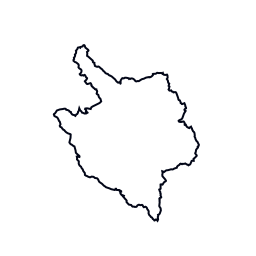 Tay Son, Bình Định, Vietnam (Natural Earth projection), rotated 329°
{"feature_id": "81297802B3478153063518", "entity_name": "Tay Son", "entity_type": "district", "adm_level": 2, "iso_a3": "VNM", "parent_name": "Vietnam", "parent_adm1": "Bình Định", "projection": "natural_earth1", "projection_center": [108.884, 13.946], "detail": "fine", "context": "isolated", "style": "outline", "palette": "ink", "viewbox_px": 256, "rotation_deg": 329, "n_neighbors": 0, "source": "geoboundaries", "source_scale": "gbopen_adm2", "svg_char_len": 5757}
<svg xmlns="http://www.w3.org/2000/svg" viewBox="0 0 256 256"><g transform="rotate(329 128 128)"><path d="M67.5,141.8L67.8,144.3L66.9,146.1L67.5,147.4L68.0,147.9L68.8,149.3L70.0,150.7L70.3,150.8L71.7,150.9L72.3,151.4L72.8,151.6L73.4,152.3L73.9,153.8L75.6,155.2L75.9,156.4L75.6,159.1L76.1,160.5L77.0,162.4L77.6,165.0L78.4,166.6L78.6,167.4L81.0,170.2L82.1,171.8L84.7,174.3L85.3,174.4L86.0,173.7L86.5,174.0L86.3,174.7L86.5,175.4L88.5,176.6L89.6,178.6L89.4,179.0L88.3,178.6L88.2,179.7L87.8,180.2L88.0,182.1L88.7,182.7L89.6,184.0L89.3,184.2L88.6,183.8L88.4,183.9L88.9,185.9L88.8,186.6L89.2,187.9L89.4,189.0L89.4,189.7L88.7,190.5L88.6,190.8L89.3,194.1L91.1,195.7L91.2,197.1L91.4,197.7L92.7,198.5L93.2,199.2L94.7,199.9L96.3,199.2L97.6,199.3L98.0,199.5L98.8,200.5L100.4,201.1L100.7,201.6L100.6,203.3L100.8,204.1L102.3,204.4L102.8,205.1L103.0,206.1L102.7,207.9L102.9,208.5L102.9,209.7L102.8,210.1L101.6,211.9L101.4,213.7L101.8,215.0L101.8,216.1L102.5,217.2L102.4,218.8L102.8,219.3L103.0,220.9L103.2,221.0L105.0,220.8L105.3,221.5L105.5,222.7L106.7,221.9L106.8,221.5L107.3,220.7L107.7,219.6L108.7,218.9L109.0,217.9L109.9,218.0L111.0,217.8L113.7,215.6L114.6,213.6L114.5,211.8L114.6,211.0L117.1,207.7L117.4,206.7L118.2,206.0L118.3,204.9L119.1,204.4L120.2,204.7L120.9,204.4L121.2,202.4L122.1,201.4L122.1,200.5L122.7,199.6L122.7,198.3L123.1,196.8L123.3,196.8L124.0,197.0L124.7,196.8L126.8,193.2L127.4,193.3L128.3,194.3L128.5,194.3L130.8,193.1L133.1,193.0L133.4,192.7L133.4,191.1L132.7,187.1L133.3,185.7L134.7,184.3L134.9,183.1L135.1,182.7L136.4,184.3L138.6,184.0L139.2,184.1L140.7,184.8L143.7,185.6L144.7,186.4L145.4,186.6L146.8,186.6L149.4,187.2L150.2,186.4L151.1,186.1L153.3,186.0L154.0,185.6L154.8,185.7L155.6,186.8L156.0,186.7L157.8,187.7L158.8,187.9L159.9,190.0L160.5,190.3L160.6,191.1L162.3,191.2L162.9,191.0L165.6,189.0L166.3,189.1L167.4,190.0L167.9,189.2L168.3,188.2L170.6,187.8L172.6,187.2L172.8,186.7L172.5,184.6L172.6,184.2L173.6,183.6L175.1,181.8L176.7,181.1L177.9,180.8L178.2,179.8L179.3,179.7L180.1,178.9L180.4,175.5L180.0,174.4L180.2,172.0L180.6,171.0L180.6,169.7L181.4,168.8L182.4,166.5L182.5,165.6L182.1,164.3L182.3,162.0L182.6,161.3L182.5,160.4L182.7,159.3L181.5,159.3L180.6,159.7L179.8,158.9L179.7,158.3L179.1,157.4L179.1,155.9L178.2,154.5L178.3,154.3L179.1,154.3L178.8,153.5L179.2,152.5L179.1,151.2L178.7,150.8L177.3,150.5L176.3,150.0L175.1,149.0L175.0,148.2L175.2,147.8L176.9,147.8L178.1,148.1L179.4,147.7L180.1,147.2L183.5,144.4L186.1,143.1L185.6,142.2L185.9,141.3L187.4,140.8L187.9,141.0L188.2,140.5L188.3,139.6L188.3,138.9L188.8,138.0L189.1,135.8L186.7,135.4L186.5,135.2L186.5,134.5L186.0,133.8L186.3,133.2L186.6,131.4L186.6,130.9L186.0,130.3L185.9,130.0L186.0,129.2L186.3,128.6L186.7,126.8L187.4,123.2L187.4,122.0L186.8,121.4L185.3,120.9L185.2,120.1L184.5,119.5L184.3,117.9L183.7,117.8L182.9,117.4L182.7,117.0L182.6,115.9L183.5,115.3L184.9,113.8L184.5,112.8L186.2,111.2L185.8,109.9L186.6,107.8L186.5,106.0L187.6,105.5L188.0,105.1L188.9,103.2L188.9,102.3L187.6,101.9L186.3,101.0L186.0,100.1L186.2,98.9L185.4,99.2L185.2,98.4L184.8,97.9L182.7,96.8L181.4,95.7L179.9,95.8L179.1,95.5L177.4,94.5L177.1,94.5L176.7,95.4L176.4,95.6L175.0,95.9L173.5,96.0L172.9,95.5L172.2,95.5L171.9,95.0L169.4,94.1L166.9,93.9L165.4,93.4L164.5,93.3L161.4,93.4L160.4,92.7L159.0,92.3L158.5,91.5L158.4,90.2L157.9,88.7L157.3,87.9L156.2,87.1L155.2,87.1L154.8,86.4L154.1,86.5L153.8,85.3L152.1,83.8L151.2,83.3L149.9,83.3L149.1,82.5L148.5,82.4L146.3,83.4L146.0,83.7L144.6,86.0L144.4,86.0L144.4,85.4L144.0,84.2L142.9,84.1L142.6,83.5L142.1,81.9L142.0,79.8L140.6,75.5L139.7,73.9L139.2,73.5L138.8,72.6L138.5,71.2L137.7,70.5L137.0,69.4L136.7,67.4L136.2,66.2L136.1,64.5L135.6,63.4L134.7,60.6L134.1,59.9L133.3,59.8L132.6,59.2L131.6,57.7L132.0,56.9L132.1,55.9L132.8,54.8L131.9,53.7L131.9,53.3L132.5,52.1L130.7,46.3L130.1,45.1L130.6,44.3L131.6,43.0L132.0,41.7L133.8,41.4L134.1,41.1L134.1,40.4L132.9,37.2L133.0,36.3L133.3,35.1L133.2,34.5L132.8,34.2L132.2,34.1L131.1,34.7L129.1,34.1L128.4,34.6L128.0,33.8L126.4,33.3L125.3,34.2L123.1,35.0L123.0,35.7L122.2,36.8L121.6,37.3L120.3,37.7L120.0,38.7L119.1,39.5L117.8,39.9L117.4,41.1L116.4,41.5L115.9,42.3L116.5,44.1L117.4,45.2L118.3,47.8L118.2,48.5L118.0,49.0L116.8,50.5L116.9,51.7L117.9,53.7L117.9,54.0L117.8,54.7L117.3,55.5L116.7,56.1L115.5,56.7L114.4,56.9L114.3,57.3L114.6,58.3L115.1,58.9L116.5,59.4L116.8,60.1L118.1,60.1L118.4,60.7L118.2,62.7L118.6,64.2L118.4,64.5L117.1,65.2L115.1,65.7L115.1,66.2L115.4,68.9L116.0,69.5L118.9,70.2L119.1,70.6L118.9,72.4L118.8,72.7L118.5,72.8L118.5,73.8L118.9,74.5L119.0,75.6L119.6,76.8L119.6,77.6L120.8,78.6L120.4,79.4L120.6,80.1L120.4,80.8L120.0,81.1L119.5,81.8L118.9,82.2L118.8,82.4L118.9,83.1L119.6,84.2L119.0,86.4L119.1,87.6L119.4,88.8L118.7,91.4L117.2,91.8L116.0,91.9L108.6,91.3L107.2,91.4L105.8,92.5L103.0,90.0L101.4,89.3L100.9,89.7L101.2,91.0L101.2,91.4L100.2,92.4L100.3,92.7L101.2,93.5L101.2,94.0L99.6,94.0L98.2,93.2L97.1,91.7L96.5,91.1L96.6,89.8L96.1,88.2L96.4,86.0L95.5,86.9L95.2,87.7L93.6,88.3L93.1,89.0L91.8,89.8L90.6,89.8L89.1,90.5L88.5,89.1L87.7,88.5L87.1,87.5L86.9,85.6L87.3,85.0L87.1,84.6L86.3,83.9L86.4,83.3L86.3,82.7L85.5,81.5L84.4,80.6L84.5,79.8L84.4,79.4L83.3,78.6L82.0,78.2L79.2,77.0L76.2,76.4L75.9,76.4L74.7,77.1L72.9,77.9L71.8,77.9L71.4,78.2L71.1,79.9L72.7,82.4L72.8,82.8L72.8,84.7L72.5,86.4L72.8,87.3L72.1,90.0L70.6,91.0L70.5,92.0L70.7,92.4L71.4,93.3L71.3,94.5L71.6,95.3L71.6,96.1L72.3,97.0L72.4,98.3L72.9,100.0L73.8,101.7L75.5,103.7L75.5,104.1L73.6,106.9L70.4,110.1L70.3,110.4L70.5,112.3L71.2,113.3L71.9,115.2L72.6,116.2L71.5,120.2L70.6,122.3L70.6,122.7L71.2,124.8L71.9,126.8L71.8,127.4L71.4,127.8L69.7,126.2L69.4,126.1L69.0,127.4L68.1,128.7L68.7,131.2L67.4,133.2L67.2,134.3L67.2,135.4L67.8,137.0L67.6,138.7L67.9,140.2L67.5,141.8Z" fill="none" stroke="#020617" stroke-width="2"/></g></svg>